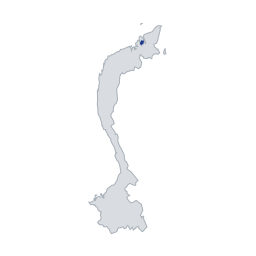 Cang Long, Trà Vinh, Vietnam (highlighted), rotated 192°
{"feature_id": "81297802B14177599577280", "entity_name": "Cang Long", "entity_type": "district", "adm_level": 2, "iso_a3": "VNM", "parent_name": "Vietnam", "parent_adm1": "Trà Vinh", "projection": "equal_earth", "projection_center": [106.203, 9.971], "detail": "fine", "context": "in_parent", "style": "filled", "palette": "blue", "viewbox_px": 256, "rotation_deg": 192, "n_neighbors": 0, "source": "geoboundaries", "source_scale": "gbopen_adm2", "svg_char_len": 4428}
<svg xmlns="http://www.w3.org/2000/svg" viewBox="0 0 256 256"><g transform="rotate(192 128 128)"><path d="M150.8,47.3L149.0,47.4L147.2,49.2L144.8,50.4L144.2,53.7L142.2,55.2L141.2,54.5L139.2,55.2L137.1,54.5L137.8,58.3L135.7,61.3L135.9,63.2L135.3,64.7L131.6,68.9L130.5,69.0L129.6,69.7L127.8,74.7L127.6,78.9L126.8,81.3L125.9,82.3L125.8,83.6L128.6,90.3L130.5,93.0L132.4,94.3L135.2,98.3L134.7,99.3L134.9,101.6L133.6,100.9L133.8,101.2L135.3,102.4L137.7,106.7L141.8,111.2L142.5,113.4L146.5,117.1L146.4,117.6L149.2,120.6L149.5,121.8L151.6,121.6L153.6,125.1L154.2,125.1L154.4,126.6L157.6,132.5L160.2,135.5L161.5,140.9L163.1,145.1L163.2,147.5L165.6,157.6L165.4,158.9L164.9,157.6L165.0,161.5L165.4,163.5L165.3,166.0L166.9,170.7L167.2,175.9L166.0,173.7L164.7,175.3L165.7,179.0L164.6,178.6L164.7,183.6L165.2,185.4L165.1,186.0L164.5,184.7L164.1,187.1L164.6,188.7L163.8,190.5L162.8,190.7L162.3,194.4L160.5,194.7L159.2,196.4L157.5,197.1L154.5,200.3L152.6,200.8L151.6,203.4L149.9,203.7L143.5,208.2L142.8,207.1L141.6,206.7L140.7,204.3L140.1,208.1L139.6,208.4L138.6,207.6L137.7,206.1L136.4,207.2L137.8,207.5L138.2,208.5L138.0,209.7L134.8,209.6L137.7,211.2L138.3,212.3L136.9,214.1L136.9,215.5L136.3,216.1L134.7,214.9L131.2,210.8L135.3,216.6L136.0,219.3L135.0,220.5L133.9,220.5L132.0,218.8L128.9,214.6L127.9,214.0L131.5,220.0L132.0,221.3L131.6,222.9L124.3,227.3L122.4,231.6L120.1,234.2L117.6,234.8L116.3,234.6L117.7,232.4L116.9,231.6L117.2,219.8L117.8,216.7L119.9,215.5L119.9,214.8L119.2,213.0L117.5,212.3L116.7,211.0L115.2,211.5L112.6,208.0L114.1,206.4L117.2,206.2L119.4,203.7L119.1,201.0L119.4,200.6L122.3,201.6L123.3,200.0L127.1,199.5L128.2,201.3L129.1,201.0L130.8,202.3L131.5,202.3L131.2,200.5L131.5,198.8L128.2,195.0L128.2,190.0L129.0,189.8L129.8,188.2L134.1,189.3L134.3,185.5L137.4,185.0L138.1,183.9L139.9,183.6L142.9,180.3L144.2,180.0L144.9,180.9L146.1,179.4L146.7,176.8L145.8,169.6L147.2,163.7L144.2,153.7L144.5,150.1L145.4,148.9L146.4,146.0L146.3,142.8L145.8,141.2L146.6,140.1L147.6,137.2L146.7,135.3L143.6,132.0L142.4,129.3L144.8,127.1L144.8,125.8L139.8,121.3L139.0,119.0L137.8,119.9L136.9,119.3L135.7,117.0L135.2,112.6L134.4,111.9L132.7,108.8L129.9,106.0L126.5,101.3L125.8,99.9L125.4,97.8L124.0,95.3L122.7,94.8L120.3,91.7L120.0,90.4L120.7,88.2L119.0,87.0L116.1,86.0L107.3,78.8L109.1,76.2L108.6,73.9L108.8,73.4L111.2,73.3L114.7,74.3L116.4,72.3L117.2,70.2L118.4,68.5L118.4,67.6L117.5,65.9L115.9,65.9L115.1,63.4L112.4,62.5L114.2,60.9L114.7,59.5L112.3,57.0L109.6,55.3L107.3,56.5L105.5,58.5L104.6,58.8L99.0,56.0L96.4,50.7L97.4,46.4L97.5,44.8L96.3,44.0L96.0,43.0L95.2,44.8L94.4,44.9L93.6,41.6L92.6,40.8L88.8,34.9L90.0,33.6L91.8,30.2L92.5,29.6L96.3,31.9L97.9,33.9L99.5,32.5L99.5,31.8L101.6,29.3L103.3,31.9L104.7,29.1L108.0,32.6L108.6,31.9L109.2,29.6L110.2,28.9L110.9,28.8L111.8,30.1L112.6,30.3L114.3,28.8L116.0,28.6L117.1,27.3L117.4,24.6L117.8,24.1L122.2,21.2L123.9,22.7L125.1,25.0L126.6,25.6L128.2,27.2L129.4,26.9L129.8,26.4L131.4,26.5L132.8,28.1L135.6,27.4L138.1,29.2L137.2,31.2L136.0,32.1L135.7,33.1L135.7,35.4L136.8,36.8L136.9,40.5L137.6,40.2L140.1,41.3L141.1,43.2L142.3,44.3L143.3,44.4L144.2,45.8L145.0,45.3L145.4,46.0L147.2,45.7L148.5,45.2L150.8,47.3ZM108.7,208.3L108.8,210.7L108.2,213.6L107.4,210.4L106.3,208.6L107.8,207.7L108.7,208.3ZM146.8,51.4L145.3,53.2L144.7,53.2L145.5,50.7L146.8,51.4ZM140.8,58.1L140.4,58.2L139.5,57.0L140.0,56.4L140.9,56.8L141.1,57.4L140.8,58.1ZM146.0,55.5L145.4,55.9L144.7,55.9L146.3,54.0L146.0,55.5ZM138.3,55.5L138.9,57.4L138.0,56.4L138.3,55.5ZM142.8,207.5L141.6,209.1L141.5,208.3L142.8,207.5ZM136.9,233.1L136.0,233.1L137.0,232.1L136.9,233.1Z" fill="#d9dde1" stroke="#a8b0b8" stroke-width="1"/><path d="M132.9,213.3L132.8,213.2L132.7,213.1L132.6,212.9L132.4,212.8L132.3,213.0L132.2,213.0L132.3,213.0L132.2,213.0L132.3,213.0L132.2,213.1L132.3,213.1L132.2,213.1L132.2,213.3L132.3,213.4L132.3,213.5L132.2,213.7L132.2,213.8L131.9,213.8L131.9,213.7L131.7,213.7L131.4,213.8L131.4,213.7L131.2,213.7L131.2,213.8L131.2,214.0L131.2,214.3L131.2,214.5L131.1,214.8L131.1,215.0L131.3,215.2L131.2,215.3L131.2,215.5L131.2,215.8L131.3,215.8L131.3,216.0L131.5,216.0L131.6,215.9L131.5,215.7L131.8,215.6L132.0,215.7L132.3,215.5L132.3,215.4L132.4,215.2L132.4,215.3L132.4,215.2L132.5,215.2L132.6,215.3L132.6,215.2L132.8,215.0L132.8,214.9L133.0,214.8L132.9,214.8L132.9,214.7L133.0,214.7L133.1,214.4L133.1,214.2L133.1,213.9L133.2,213.7L133.0,213.4L132.9,213.3L132.9,213.3Z" fill="#3b82f6" stroke="#1e3a8a" stroke-width="1.5"/></g></svg>